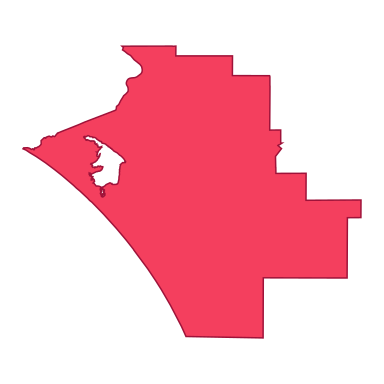 Coorong, South Australia, Australia (Equal Earth projection)
{"feature_id": "25037944B88075036338207", "entity_name": "Coorong", "entity_type": "district", "adm_level": 2, "iso_a3": "AUS", "parent_name": "Australia", "parent_adm1": "South Australia", "projection": "equal_earth", "projection_center": [139.321, -35.718], "detail": "fine", "context": "isolated", "style": "filled", "palette": "rose", "viewbox_px": 384, "rotation_deg": 0, "n_neighbors": 0, "source": "geoboundaries", "source_scale": "gbopen_adm2", "svg_char_len": 5726}
<svg xmlns="http://www.w3.org/2000/svg" viewBox="0 0 384 384"><path d="M23.0,148.8L26.0,150.1L29.7,152.6L36.2,156.5L45.5,162.8L54.7,169.7L61.9,175.4L69.3,181.7L73.6,185.4L76.4,188.1L79.9,191.0L87.6,198.2L89.6,200.4L91.8,202.1L103.4,214.0L116.2,228.2L125.8,239.6L133.3,249.1L134.0,250.3L147.8,268.9L155.7,280.7L161.4,289.7L170.3,305.0L181.5,326.5L186.0,336.5L263.1,337.9L263.3,277.8L347.1,278.0L347.4,217.7L360.9,217.6L361.0,200.0L306.0,200.3L306.1,173.3L275.9,173.4L275.8,167.2L275.6,167.1L275.7,166.0L275.5,156.4L281.5,148.6L277.9,145.5L278.5,144.9L279.4,144.8L282.0,143.1L280.7,143.1L280.7,130.0L269.7,130.1L270.0,85.9L269.9,85.6L269.9,76.7L269.6,75.7L232.4,75.6L232.5,55.9L175.8,55.9L175.9,46.1L172.9,46.3L172.4,46.1L122.0,46.2L123.4,47.5L122.5,49.9L124.5,51.2L127.5,53.7L130.6,55.5L134.1,59.7L140.0,64.4L141.6,66.6L142.2,69.3L142.2,71.0L141.8,72.5L140.8,73.9L136.8,76.9L135.0,77.6L131.0,78.0L129.4,78.4L128.2,79.1L127.1,80.5L126.4,82.3L126.3,83.5L126.5,84.6L127.6,86.6L128.0,87.6L128.2,89.3L128.1,91.2L127.7,91.9L126.0,93.8L123.6,95.8L123.2,96.6L120.6,100.8L118.9,104.3L118.0,105.3L117.1,105.9L116.5,106.5L116.2,109.1L115.9,109.9L115.3,110.3L85.1,121.9L77.9,125.0L57.7,133.0L57.8,133.2L56.6,134.1L55.0,136.3L54.3,136.6L53.3,136.1L52.7,136.0L52.4,136.2L52.4,136.5L51.5,136.9L50.4,136.7L49.6,136.2L48.5,136.3L46.2,137.2L46.0,137.9L45.4,138.2L45.0,137.8L44.2,137.7L41.1,140.6L41.2,144.0L40.5,145.1L38.7,146.7L37.5,147.1L36.4,147.9L34.8,147.9L34.6,148.2L34.5,149.2L34.0,149.8L33.5,149.6L33.3,149.0L32.9,148.8L32.5,148.8L31.7,149.4L31.2,149.4L30.5,148.8L29.1,148.1L27.4,147.7L23.6,147.9L23.0,148.8ZM84.0,137.7L83.8,137.0L84.2,136.9L84.3,136.5L84.9,136.4L85.1,136.9L85.5,137.0L88.0,135.6L89.0,135.9L89.8,136.7L91.1,136.7L92.3,136.9L93.0,137.7L93.5,137.3L95.1,137.6L96.4,138.5L96.8,139.2L97.5,139.4L98.5,140.5L99.5,140.7L100.1,141.5L101.3,141.5L101.6,141.8L101.6,142.6L102.0,143.1L104.6,143.7L105.9,144.3L106.4,145.0L107.0,145.3L107.7,146.0L108.3,146.2L108.4,146.7L108.7,146.7L109.1,147.0L109.9,147.4L110.1,147.7L110.3,147.7L110.6,148.3L111.5,148.5L111.8,149.2L112.2,149.2L113.3,150.5L114.1,151.2L117.3,152.9L119.6,155.1L120.8,155.8L122.5,157.4L124.0,159.1L125.0,160.8L125.4,161.2L124.9,161.7L125.5,162.1L125.3,162.5L124.4,162.5L123.1,162.8L122.6,162.6L122.0,163.2L121.2,163.7L120.6,164.7L120.3,164.8L120.5,165.1L120.0,166.7L119.9,168.2L119.7,169.1L119.7,169.5L119.4,169.9L119.7,171.1L119.5,171.5L119.4,172.3L119.5,174.6L119.0,176.8L118.9,179.4L118.5,180.9L118.3,181.9L118.4,182.1L117.6,183.8L116.6,184.1L116.6,184.3L116.2,184.4L112.7,184.5L112.2,184.3L112.1,183.9L111.8,183.9L111.8,183.5L111.3,183.5L110.0,182.8L106.1,184.6L105.1,185.7L104.0,186.4L103.1,186.9L102.0,187.1L101.8,187.7L102.7,187.7L102.4,188.3L102.5,188.5L102.2,188.5L102.3,188.8L102.2,189.1L103.0,189.1L103.8,189.7L104.4,189.9L104.4,191.1L104.0,191.5L103.5,191.2L103.4,191.5L103.5,192.0L103.9,192.3L103.8,193.1L104.4,192.9L104.8,193.3L104.7,193.7L104.9,193.9L104.9,194.8L104.4,194.7L104.4,194.9L104.6,195.2L104.5,195.6L104.1,195.8L103.9,196.2L103.5,196.2L103.7,196.3L103.0,196.9L102.6,197.0L101.5,196.5L101.4,196.1L101.8,195.8L102.2,195.9L102.1,195.6L102.5,195.2L102.1,195.1L101.8,195.3L101.7,195.0L101.5,195.4L101.2,195.4L101.1,194.9L101.3,194.8L101.0,194.5L101.0,194.0L100.6,194.0L100.4,193.7L100.4,193.3L100.8,193.0L100.7,192.5L101.0,192.2L101.1,192.5L101.3,192.2L101.0,191.8L101.0,191.7L100.8,191.2L101.5,191.4L102.0,190.1L101.5,189.7L100.9,190.1L101.0,189.4L100.4,189.5L100.2,189.2L100.6,189.0L100.9,188.7L100.6,188.3L100.6,187.8L100.8,187.4L100.7,187.1L100.3,186.7L99.0,186.2L97.6,186.0L96.6,186.1L95.8,185.7L95.6,185.2L94.6,184.2L94.3,183.5L93.8,183.3L93.7,182.8L93.3,182.8L94.6,181.2L94.3,180.6L94.1,179.5L93.4,178.9L92.9,179.4L92.8,179.1L93.1,179.1L92.9,179.0L92.6,178.2L92.3,178.6L92.0,179.5L91.6,180.0L91.3,180.0L91.4,179.4L91.8,179.1L91.4,178.9L92.0,178.5L92.1,178.1L92.1,177.6L91.6,177.1L91.6,176.7L91.8,176.6L92.4,177.0L92.7,177.0L93.0,176.7L92.9,176.0L92.8,176.6L92.5,176.5L92.0,176.6L91.5,176.1L91.1,176.3L90.7,176.1L90.6,175.8L91.2,175.9L91.2,175.5L90.5,175.6L90.4,175.2L90.1,175.3L90.3,174.8L89.5,174.5L89.4,174.8L89.2,174.5L89.2,174.0L89.4,174.3L89.9,174.3L89.8,173.9L89.5,173.8L89.6,173.6L89.6,173.1L89.3,172.7L90.1,173.1L89.8,173.3L90.0,174.1L90.3,174.3L90.5,173.9L91.5,174.1L96.4,171.7L97.5,171.6L98.9,171.1L99.5,171.2L100.6,170.7L100.8,170.2L101.5,170.0L102.0,169.3L102.8,167.3L102.8,166.7L101.6,166.7L100.5,166.0L99.7,166.3L99.7,166.6L99.3,166.7L98.5,166.1L97.6,166.3L97.1,167.1L96.6,167.2L95.1,166.9L95.0,167.1L95.3,167.2L95.2,167.5L94.8,167.8L94.5,167.7L94.3,167.2L93.6,167.1L92.8,167.3L92.1,166.6L92.3,165.6L92.5,165.5L92.4,165.2L91.6,164.7L91.8,164.2L91.4,164.2L91.6,164.0L91.2,163.5L93.0,163.1L94.3,162.2L94.9,162.1L95.8,161.5L96.1,161.0L97.1,160.2L98.1,158.4L98.5,158.2L98.6,157.6L99.1,157.1L99.6,156.2L99.6,155.9L99.9,155.0L100.1,153.9L99.7,154.1L98.8,156.5L97.1,156.3L96.8,155.8L96.8,154.9L97.2,154.7L97.4,154.0L97.2,153.4L97.8,152.3L97.5,152.5L96.9,152.1L97.9,152.0L98.5,150.6L100.3,148.9L100.5,148.2L100.8,148.0L100.7,148.0L100.9,147.4L101.1,147.0L101.4,147.0L101.6,146.5L101.2,146.6L100.8,147.1L100.2,147.1L99.8,147.5L99.3,147.4L99.2,147.2L99.4,147.1L98.3,146.9L98.3,147.1L97.9,147.0L97.9,146.5L97.4,145.7L97.8,145.2L96.4,144.5L96.3,144.3L96.5,143.9L95.5,144.2L95.3,144.0L94.8,143.3L95.0,143.1L95.1,142.2L94.7,142.2L94.2,141.1L93.6,140.9L93.2,141.2L92.3,140.9L91.9,141.0L91.8,140.8L91.0,141.4L90.3,141.0L90.0,140.6L89.2,140.6L88.8,140.3L87.4,139.7L86.7,139.8L87.0,140.1L86.9,140.3L86.3,140.2L85.9,140.0L85.9,139.6L84.7,138.3L84.7,137.9L84.0,137.7ZM103.1,193.7L102.6,193.8L102.5,194.1L101.7,194.6L102.2,194.4L102.5,194.6L103.0,194.6L103.0,194.4L102.9,193.9L103.1,193.7Z" fill="#f43f5e" stroke="#9f1239" stroke-width="1.5"/></svg>